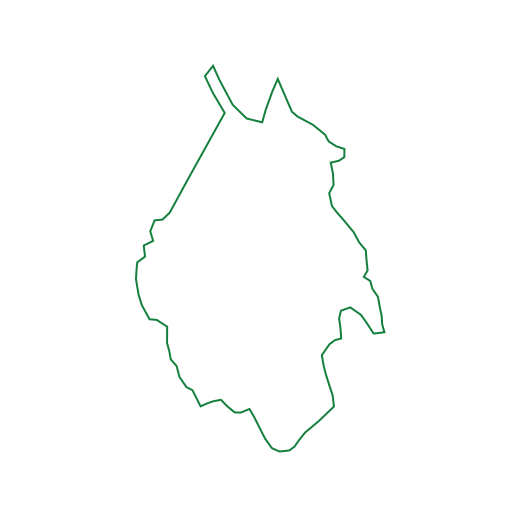 Jesúpolis, Goiás, Brazil, rotated 336°
{"feature_id": "56859067B61262762044018", "entity_name": "Jesúpolis", "entity_type": "district", "adm_level": 2, "iso_a3": "BRA", "parent_name": "Brazil", "parent_adm1": "Goiás", "projection": "equal_earth", "projection_center": [-49.407, -15.96], "detail": "fine", "context": "isolated", "style": "outline", "palette": "green", "viewbox_px": 512, "rotation_deg": 336, "n_neighbors": 0, "source": "geoboundaries", "source_scale": "gbopen_adm2", "svg_char_len": 1326}
<svg xmlns="http://www.w3.org/2000/svg" viewBox="0 0 512 512"><g transform="rotate(336 256 256)"><path d="M144.2,370.8L151.7,370.8L157.7,371.3L165.5,373.1L168.6,381.6L172.9,390.2L178.3,392.8L187.8,393.1L188.8,402.1L190.0,426.5L192.4,438.1L198.0,444.2L207.4,447.2L213.6,445.8L220.3,441.8L228.9,437.3L246.3,432.3L266.0,425.2L269.4,414.2L270.3,404.7L271.5,393.9L273.1,384.1L275.8,373.4L287.2,366.5L293.9,365.0L300.3,366.0L304.0,355.7L306.5,346.9L311.4,340.5L321.2,341.3L327.9,352.4L329.7,361.0L331.9,374.7L342.3,377.9L343.5,369.7L346.3,362.2L348.2,353.6L350.8,342.9L349.0,333.4L350.2,325.2L346.0,319.0L352.1,314.5L355.2,305.0L358.6,295.5L355.8,285.6L354.9,274.0L350.9,259.6L347.5,248.6L345.7,241.1L348.4,228.4L355.8,222.6L360.0,211.5L362.2,201.1L370.5,202.7L376.9,201.6L380.3,194.2L373.9,188.4L369.0,180.9L368.4,173.2L361.3,159.2L350.6,145.4L347.5,138.8L347.9,103.1L337.7,112.5L324.6,126.1L316.0,136.4L303.4,126.6L296.2,108.4L294.2,80.0L294.1,64.8L282.5,70.9L282.9,89.0L285.6,112.6L226.5,157.1L194.8,181.3L185.4,184.7L177.8,182.2L169.4,190.5L168.2,200.3L157.7,200.8L154.4,211.4L144.9,213.5L141.0,220.5L136.9,228.4L133.0,243.7L131.7,254.3L133.0,270.5L139.3,274.0L146.1,284.4L139.4,299.2L138.1,307.6L136.1,315.8L138.7,324.3L136.9,335.5L139.1,347.4L143.4,352.8L144.2,370.8Z" fill="none" stroke="#15803d" stroke-width="2"/></g></svg>